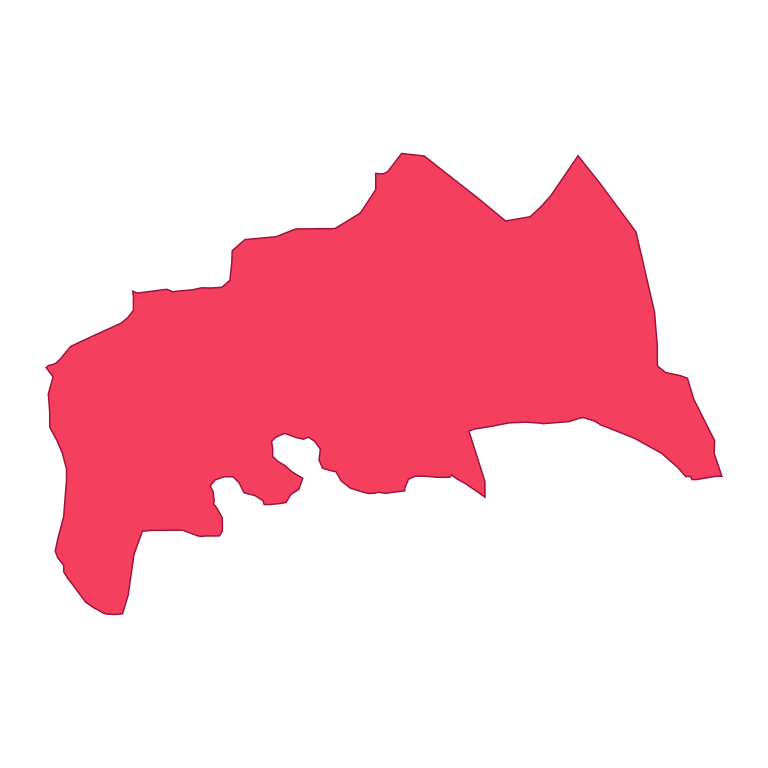 outline of Al Jabin, Raymah, Yemen
{"feature_id": "15242507B10739648902482", "entity_name": "Al Jabin", "entity_type": "district", "adm_level": 2, "iso_a3": "YEM", "parent_name": "Yemen", "parent_adm1": "Raymah", "projection": "mercator", "projection_center": [43.599, 14.69], "detail": "fine", "context": "isolated", "style": "filled", "palette": "rose", "viewbox_px": 768, "rotation_deg": 0, "n_neighbors": 0, "source": "geoboundaries", "source_scale": "gbopen_adm2", "svg_char_len": 4049}
<svg xmlns="http://www.w3.org/2000/svg" viewBox="0 0 768 768"><path d="M46.1,367.5L53.1,376.9L50.6,385.8L48.3,394.0L49.0,402.2L49.3,406.5L49.6,411.3L49.7,412.7L49.7,427.1L56.7,440.0L62.3,453.0L66.5,468.8L66.5,472.5L66.5,474.3L66.5,480.4L65.1,497.7L63.7,516.4L57.8,538.9L55.2,551.1L57.8,557.8L63.7,565.4L63.7,566.9L63.7,571.8L67.2,577.5L68.3,578.9L72.0,583.8L78.5,592.6L81.5,596.5L81.6,596.8L85.5,601.9L86.9,603.1L94.3,608.1L98.1,609.9L102.4,612.6L106.0,614.0L115.6,614.5L122.5,613.8L122.9,612.6L124.1,608.6L124.3,607.9L128.3,594.6L128.9,589.9L130.7,577.4L133.7,556.6L134.0,554.5L134.2,553.9L136.9,546.4L137.0,546.1L142.4,531.2L143.6,531.1L151.7,530.4L152.1,530.4L167.7,530.3L169.2,530.2L174.9,530.2L182.6,530.2L186.2,531.5L197.7,535.8L197.9,535.8L198.6,536.1L202.2,536.4L205.4,536.0L211.5,536.0L213.7,536.0L218.3,535.9L219.5,535.9L222.4,530.9L222.4,527.2L222.4,524.9L222.3,517.9L217.3,508.9L215.4,506.1L215.3,505.9L213.6,504.3L214.2,501.3L213.1,491.7L210.4,486.3L210.2,485.9L210.4,485.7L215.1,479.9L216.8,479.3L224.0,476.8L224.5,476.8L233.0,476.7L236.5,480.2L239.0,482.7L241.8,488.2L242.0,488.7L244.0,492.7L251.5,494.7L252.3,494.9L255.0,495.6L255.4,495.9L257.5,497.2L263.0,500.6L264.1,504.6L269.1,504.6L271.0,504.5L277.0,503.8L277.8,503.8L280.0,503.5L281.8,503.2L282.5,503.1L286.0,502.5L287.3,500.3L287.6,499.8L290.9,494.4L291.1,494.3L298.8,489.3L298.9,489.2L301.0,483.2L301.3,482.3L302.7,478.3L292.7,472.3L292.4,472.1L289.4,469.4L289.0,469.1L285.5,466.1L284.7,465.4L282.1,463.9L277.7,461.4L272.7,456.4L272.7,456.1L272.7,448.4L272.3,446.1L271.6,441.4L275.6,437.4L279.5,435.6L280.4,435.2L283.3,433.9L284.2,433.5L284.5,433.3L295.5,437.3L303.4,439.2L308.4,437.2L312.3,439.7L314.4,441.1L317.5,445.2L320.4,449.2L319.5,456.1L319.0,459.9L322.6,468.2L332.0,471.0L335.7,471.5L338.8,476.6L341.1,480.8L345.3,484.1L350.6,488.3L355.3,489.7L361.9,491.8L368.6,493.5L368.8,493.5L372.9,493.3L375.6,493.1L378.1,492.2L380.0,492.5L381.1,492.7L385.4,493.3L393.0,492.3L394.5,492.1L403.6,490.9L404.7,491.0L404.7,488.3L408.4,479.4L409.0,479.1L412.4,477.5L415.3,476.2L421.5,476.2L423.4,476.1L424.1,476.2L430.9,476.7L431.5,476.7L437.2,477.3L443.5,477.3L449.8,477.3L451.4,475.0L457.3,479.1L463.6,482.6L464.8,483.3L467.4,484.7L468.6,485.9L478.1,492.2L481.5,494.7L485.0,497.1L485.0,495.3L484.9,481.5L468.9,431.0L474.2,429.1L489.3,426.7L509.0,422.9L525.5,422.1L541.1,423.2L542.9,423.7L552.7,422.9L568.6,421.6L569.1,421.7L571.1,420.9L576.3,419.3L580.5,417.9L583.7,417.6L591.0,419.9L594.4,421.0L596.5,422.2L601.2,425.2L601.9,425.3L612.6,429.5L613.5,429.9L615.7,430.7L627.5,435.5L634.6,438.3L638.6,440.6L661.6,453.3L678.0,467.7L682.4,472.8L685.6,476.5L690.6,476.5L691.9,479.6L696.3,479.6L715.1,476.4L721.9,476.3L715.3,456.8L714.1,453.1L714.6,440.7L693.7,399.1L687.4,378.2L679.8,375.5L665.7,372.6L657.4,366.0L657.3,354.2L657.3,345.9L656.8,340.0L656.7,338.8L656.5,336.3L656.4,334.4L656.2,332.9L655.5,324.5L655.1,319.4L654.6,312.6L654.5,312.2L652.5,303.4L650.9,296.6L645.4,272.7L644.9,270.6L641.7,256.2L640.9,253.2L636.1,232.4L636.1,232.0L635.4,231.2L629.1,222.6L599.7,183.0L578.0,155.7L577.1,157.2L550.8,195.7L540.6,207.1L530.5,216.4L530.2,216.7L520.6,218.4L511.8,219.9L505.6,221.0L505.0,220.5L495.3,212.5L483.1,202.4L478.1,198.3L477.6,197.9L463.0,186.5L424.7,156.4L424.2,156.0L401.6,153.5L388.3,170.9L387.0,172.1L383.6,173.7L381.0,173.9L377.1,173.5L375.7,173.4L375.8,189.5L367.5,202.2L361.1,211.9L360.5,212.9L350.9,218.8L349.0,220.0L348.5,220.3L334.8,228.6L332.2,228.6L329.1,228.7L326.9,228.7L316.7,228.7L314.2,228.8L296.2,228.9L291.4,230.7L275.7,236.8L268.5,237.4L257.6,238.4L244.8,239.6L234.1,249.1L232.2,250.8L231.8,262.5L229.9,280.3L222.0,287.2L211.5,288.0L201.9,287.8L192.4,289.8L175.7,291.3L173.4,291.8L173.0,291.8L170.1,290.6L169.4,290.3L167.3,289.5L166.8,289.3L161.9,289.9L152.1,291.2L145.2,292.1L137.3,293.1L132.7,291.2L133.4,296.0L133.4,304.6L133.4,310.4L127.8,317.6L122.5,322.0L120.8,323.3L101.0,332.3L98.5,333.4L86.0,339.2L80.0,342.0L79.4,342.3L70.7,346.4L60.0,359.4L55.9,363.2L51.9,364.8L48.8,365.4L46.1,367.5Z" fill="#f43f5e" stroke="#9f1239" stroke-width="1.5"/></svg>